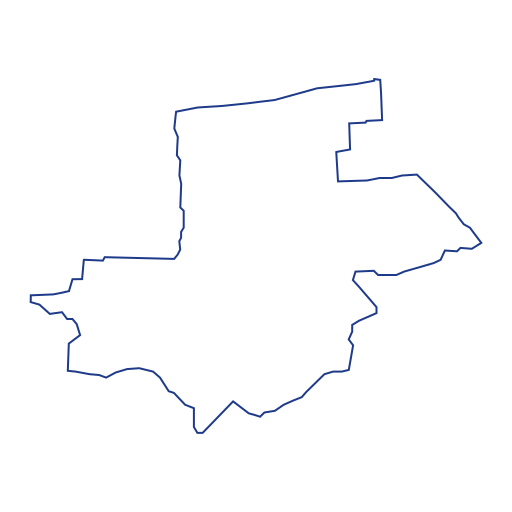 the district of Serhetabat, Mary, Turkmenistan
{"feature_id": "10190150B87689177497329", "entity_name": "Serhetabat", "entity_type": "district", "adm_level": 2, "iso_a3": "TKM", "parent_name": "Turkmenistan", "parent_adm1": "Mary", "projection": "robinson", "projection_center": [62.585, 35.938], "detail": "fine", "context": "isolated", "style": "outline", "palette": "blue", "viewbox_px": 512, "rotation_deg": 0, "n_neighbors": 0, "source": "geoboundaries", "source_scale": "gbopen_adm2", "svg_char_len": 1971}
<svg xmlns="http://www.w3.org/2000/svg" viewBox="0 0 512 512"><path d="M73.7,320.5L76.7,324.1L80.1,335.1L69.7,342.9L68.8,343.6L67.9,368.2L67.8,370.8L75.6,371.6L89.6,374.2L99.1,375.0L106.1,377.6L115.7,372.5L127.0,369.1L139.2,368.2L153.1,371.6L160.0,377.6L168.7,391.2L173.9,392.9L185.2,404.8L193.9,408.2L193.9,418.4L193.9,427.0L197.4,432.9L202.6,432.9L233.1,401.4L248.7,413.3L254.8,415.0L260.1,416.7L264.4,412.5L274.9,410.8L283.6,404.8L293.1,400.6L301.8,397.1L306.2,392.0L324.4,374.2L333.1,371.6L341.8,371.6L348.8,369.9L353.1,345.3L348.7,339.4L352.2,331.7L352.2,324.9L359.1,320.7L376.5,313.1L376.5,307.1L359.0,286.8L352.9,280.1L355.5,271.6L373.8,270.8L378.1,275.0L396.3,275.0L404.1,271.6L433.6,263.1L440.6,259.8L444.9,250.5L457.0,251.3L460.5,247.9L471.8,248.8L481.3,242.9L480.8,242.2L474.3,233.6L472.3,230.9L469.9,227.7L463.8,224.3L458.6,217.6L456.0,213.4L451.8,209.3L449.0,206.6L445.6,203.1L435.1,192.3L416.9,174.6L402.1,175.5L391.7,178.0L379.6,178.0L367.5,180.4L366.6,180.5L338.0,181.4L336.3,152.7L336.3,152.0L340.9,151.1L349.3,149.6L350.1,149.4L349.9,144.4L349.2,123.4L365.6,122.6L366.5,120.9L382.1,120.1L381.6,107.2L381.1,94.1L380.8,88.7L380.2,79.9L374.2,79.1L374.2,80.7L369.7,81.6L364.6,82.5L356.0,84.1L340.5,85.8L317.1,88.3L274.7,100.0L274.1,100.1L262.2,101.5L247.9,103.3L223.7,105.8L218.6,106.2L208.4,106.8L197.7,107.5L187.4,109.5L176.1,111.7L175.6,115.9L174.4,127.5L174.3,128.5L175.4,131.2L177.8,136.9L177.3,145.9L176.9,155.3L178.6,157.8L180.3,160.4L179.4,175.5L180.4,180.0L181.2,183.9L180.3,207.5L182.8,209.9L183.7,210.8L183.7,212.1L183.7,227.7L181.1,231.9L181.1,236.8L181.1,237.8L179.3,241.2L180.2,249.6L177.6,254.7L175.7,257.0L174.5,258.5L174.1,258.9L105.3,257.2L104.7,257.2L102.9,260.6L84.7,259.8L83.9,259.8L83.8,260.1L82.1,279.1L74.1,279.2L72.5,279.2L69.5,289.3L69.0,291.1L62.0,292.7L53.3,294.4L31.6,295.3L30.8,295.3L30.7,302.1L39.4,304.6L49.8,313.9L50.5,313.8L62.0,312.2L67.1,319.0L72.4,319.0L73.7,320.5Z" fill="none" stroke="#1e3a8a" stroke-width="2"/></svg>